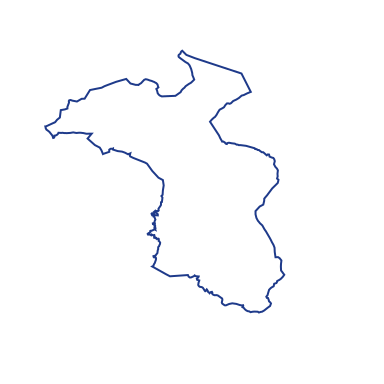 Tudun Wada, Kano, Nigeria (Natural Earth projection), rotated 242°
{"feature_id": "59680162B84327981884458", "entity_name": "Tudun Wada", "entity_type": "district", "adm_level": 2, "iso_a3": "NGA", "parent_name": "Nigeria", "parent_adm1": "Kano", "projection": "natural_earth1", "projection_center": [8.54, 11.305], "detail": "fine", "context": "isolated", "style": "outline", "palette": "blue", "viewbox_px": 384, "rotation_deg": 242, "n_neighbors": 0, "source": "geoboundaries", "source_scale": "gbopen_adm2", "svg_char_len": 5947}
<svg xmlns="http://www.w3.org/2000/svg" viewBox="0 0 384 384"><g transform="rotate(242 192 192)"><path d="M252.8,290.9L273.4,291.3L308.9,257.3L315.7,251.4L321.3,249.7L321.2,248.9L320.7,247.8L319.6,246.7L319.3,244.7L318.5,243.9L317.4,243.7L316.0,244.3L309.9,247.2L307.4,248.8L304.9,249.3L301.0,249.0L297.1,248.1L294.9,247.2L292.4,247.0L290.2,246.7L289.4,244.1L288.9,242.1L288.9,240.3L288.7,238.4L288.4,236.0L287.6,234.2L287.4,232.8L286.7,230.6L285.5,228.8L284.7,222.5L290.6,210.2L292.4,208.8L293.8,208.3L294.8,208.2L295.1,208.1L295.3,208.1L295.5,208.1L295.8,208.2L296.1,208.3L296.5,208.4L298.1,208.8L299.7,208.9L299.8,209.8L300.2,211.5L301.1,211.5L302.5,211.9L303.3,212.0L304.0,211.8L304.9,211.6L305.7,211.0L306.9,210.3L307.9,209.4L308.8,208.7L309.6,207.9L310.4,207.0L311.5,206.1L312.4,205.2L313.3,204.1L313.5,202.5L312.8,200.4L312.3,199.0L312.0,198.1L311.9,195.9L311.6,195.0L312.2,194.2L313.0,192.6L316.7,188.6L322.7,187.0L324.9,176.8L326.1,167.7L326.5,164.3L326.5,161.2L327.0,159.5L328.1,155.9L329.9,149.8L324.8,141.0L326.1,138.3L325.9,132.9L328.8,129.3L330.2,128.0L330.6,126.7L330.1,125.9L328.7,125.4L325.6,121.9L324.2,121.2L324.6,118.6L325.9,114.6L319.8,110.3L319.1,106.7L317.9,104.0L318.5,93.9L318.6,93.5L318.7,93.3L317.7,93.1L317.5,92.9L316.5,92.7L316.1,92.8L315.5,92.8L315.3,92.8L315.2,92.9L314.9,93.0L314.7,93.1L314.4,93.3L312.1,94.3L307.3,95.2L304.9,94.8L304.7,95.5L304.9,96.0L305.7,96.7L306.3,97.1L306.0,97.6L305.9,98.5L305.9,99.8L306.3,101.0L307.0,101.9L306.5,102.7L305.6,104.2L305.0,105.6L304.2,106.6L302.7,109.2L301.3,112.3L300.4,115.1L298.4,117.6L297.4,120.0L296.8,121.2L295.0,123.8L293.1,126.0L290.6,130.8L288.2,124.9L279.0,128.3L274.5,131.4L271.3,131.6L267.3,131.2L267.3,131.6L266.3,137.8L268.2,138.8L268.3,139.7L268.4,140.3L267.9,141.4L267.4,142.3L267.4,142.6L266.6,142.1L263.0,145.6L260.5,149.2L258.3,151.2L255.4,153.2L255.4,153.9L255.2,154.4L255.1,155.6L254.9,155.4L254.7,155.3L254.5,155.1L254.2,154.9L254.0,154.6L253.8,154.4L253.7,154.3L252.9,154.2L252.5,154.1L249.7,156.1L240.1,164.3L238.1,165.6L229.2,166.8L220.4,169.1L216.2,171.9L211.1,170.1L207.0,167.0L203.3,164.7L202.8,163.1L201.0,163.3L199.5,162.3L197.3,160.7L197.5,159.8L195.1,158.5L194.2,157.0L193.6,155.7L192.9,154.5L191.3,153.9L191.1,153.1L191.6,152.4L192.0,151.4L191.9,150.5L192.6,150.6L192.3,149.3L191.0,150.1L189.4,151.3L188.1,151.2L187.4,150.8L188.9,148.5L189.5,148.0L190.2,148.2L191.1,147.8L192.0,146.8L191.8,146.1L191.1,146.0L190.1,145.9L189.3,147.0L188.4,146.5L187.7,147.1L184.8,146.7L183.7,145.2L182.8,144.7L182.5,144.1L182.7,142.7L182.1,142.5L181.7,143.7L181.4,144.3L180.8,143.9L180.5,143.3L180.0,143.7L179.4,143.6L179.0,142.9L178.7,142.4L178.1,142.1L177.8,142.9L177.1,142.7L177.0,142.1L175.8,141.9L176.5,141.4L176.7,140.3L176.6,139.3L176.8,138.4L176.8,137.8L177.2,137.2L177.1,136.7L176.3,136.5L176.0,135.5L176.1,134.3L175.8,133.2L175.0,133.2L174.6,134.2L173.8,135.2L173.0,135.6L173.5,136.3L172.2,137.2L171.7,138.5L170.9,138.3L170.3,138.1L170.1,137.4L169.7,137.3L169.3,137.2L169.1,138.1L168.6,138.1L168.3,138.8L167.6,138.6L166.9,138.9L167.0,139.5L166.5,140.5L166.1,140.6L165.0,140.0L164.5,139.6L163.6,140.0L162.2,140.1L161.1,139.3L160.3,138.2L159.6,137.5L159.4,136.6L158.5,135.8L157.5,135.4L156.7,134.5L156.0,133.9L155.3,133.5L154.2,132.6L153.6,131.0L152.6,129.5L153.3,128.9L153.4,128.3L152.6,128.5L152.6,127.7L152.1,127.8L151.8,128.6L151.1,128.9L150.7,129.2L149.9,128.9L149.0,128.2L147.9,127.0L146.7,125.7L146.2,124.7L145.5,123.8L145.0,123.4L144.9,122.6L144.9,121.9L131.7,130.4L127.9,133.0L120.6,149.4L118.9,149.3L117.5,150.0L117.0,151.1L116.8,154.2L117.1,155.2L116.2,155.5L115.5,156.4L114.3,158.2L113.6,157.4L113.3,155.6L112.1,155.3L110.5,156.9L109.8,156.3L109.0,155.3L108.1,154.7L107.6,154.2L106.7,153.8L105.7,153.9L104.7,154.3L104.1,155.1L103.4,156.0L102.4,156.6L100.7,156.8L98.9,156.9L98.2,157.1L98.2,158.0L98.8,158.6L99.1,159.3L98.6,159.4L98.1,159.4L97.4,159.5L96.3,159.3L95.4,159.6L95.0,160.2L94.4,160.1L94.5,160.6L94.8,161.5L94.5,162.7L93.6,162.7L93.1,162.1L92.1,162.2L91.2,162.6L90.1,163.7L89.6,165.0L88.6,166.2L87.4,166.8L85.8,167.6L83.8,168.6L82.5,168.2L81.5,167.3L80.4,166.4L79.4,166.3L78.5,166.7L77.3,167.3L76.5,167.8L76.0,168.7L75.7,172.2L74.8,175.3L72.4,178.6L69.8,181.1L68.3,182.9L68.1,183.9L67.4,183.8L66.7,182.5L65.4,183.3L63.7,183.6L62.0,184.3L60.7,185.2L59.7,186.5L58.4,187.3L57.9,189.1L57.2,190.8L56.1,192.7L55.4,193.9L54.2,194.5L53.9,196.2L53.4,197.7L53.5,200.2L54.3,204.5L54.7,207.4L56.5,209.4L57.7,209.3L59.2,208.7L61.0,209.1L62.8,209.3L63.4,208.4L64.7,208.5L65.4,210.2L67.3,212.0L69.5,214.2L70.2,216.4L70.4,217.9L70.4,219.8L71.2,220.5L72.4,221.5L72.0,223.7L72.3,224.4L73.4,225.4L73.4,227.8L73.6,229.6L74.5,232.4L75.6,234.6L80.9,233.8L84.3,235.4L86.7,236.8L88.4,238.0L89.6,238.8L92.4,238.3L94.1,237.4L94.7,236.1L95.2,235.1L100.2,236.9L104.0,238.7L105.3,238.9L107.1,239.1L110.5,239.0L112.3,239.1L114.8,239.1L122.6,238.8L124.8,238.5L129.5,238.4L132.6,237.3L133.9,237.1L135.7,236.7L136.7,236.7L138.8,236.7L142.4,237.6L145.3,239.1L147.4,245.0L147.4,249.0L150.2,251.5L152.2,252.7L152.3,253.1L152.5,253.3L153.9,256.9L154.3,257.7L157.5,264.5L159.7,271.9L161.1,273.2L162.3,274.1L163.9,273.4L165.6,275.0L167.9,276.0L170.8,278.0L172.8,278.0L175.1,277.4L178.0,277.4L180.4,279.6L182.4,280.0L183.9,279.8L184.9,278.7L186.8,277.1L188.9,277.6L189.6,276.6L189.3,275.2L193.6,273.6L194.4,272.3L196.2,271.4L197.6,270.8L198.4,269.6L199.5,269.2L200.3,267.9L201.2,267.9L203.0,266.0L207.4,261.4L210.5,257.0L211.4,255.3L212.4,254.6L212.8,253.7L214.6,252.5L216.4,249.9L217.9,248.1L218.4,247.1L218.6,245.9L218.2,245.6L218.0,245.3L218.2,245.0L218.7,244.6L219.5,244.3L220.2,244.3L221.4,243.6L222.0,243.2L222.3,242.3L223.2,242.3L226.2,242.2L229.4,242.4L245.6,240.9L246.6,243.4L247.3,246.0L247.5,247.6L248.6,249.9L250.3,252.5L251.7,255.0L251.7,258.1L251.8,260.0L253.1,262.3L253.8,264.5L253.1,265.8L252.2,266.7L252.1,268.1L253.0,271.1L252.8,274.6L253.0,277.6L253.8,281.1L253.3,283.2L253.2,287.0L252.8,290.9Z" fill="none" stroke="#1e3a8a" stroke-width="2"/></g></svg>